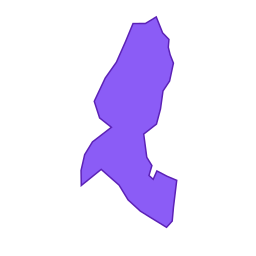 Katydata, Nicosia, Cyprus, rotated 80°
{"feature_id": "46923920B20193016295799", "entity_name": "Katydata", "entity_type": "district", "adm_level": 2, "iso_a3": "CYP", "parent_name": "Cyprus", "parent_adm1": "Nicosia", "projection": "orthographic", "projection_center": [32.912, 35.095], "detail": "fine", "context": "isolated", "style": "filled", "palette": "violet", "viewbox_px": 256, "rotation_deg": 80, "n_neighbors": 0, "source": "geoboundaries", "source_scale": "gbopen_adm2", "svg_char_len": 643}
<svg xmlns="http://www.w3.org/2000/svg" viewBox="0 0 256 256"><g transform="rotate(80 128 128)"><path d="M26.0,104.9L42.6,115.5L60.0,127.2L61.2,128.0L74.8,141.7L94.0,155.3L95.9,156.6L113.2,154.2L124.4,144.2L135.5,165.4L146.7,175.3L154.1,178.4L161.6,181.6L176.5,184.0L164.1,161.6L182.7,146.7L198.8,140.4L212.1,130.2L220.0,121.4L232.5,107.3L227.3,100.6L213.6,96.9L188.0,89.1L182.4,97.8L175.3,107.0L182.9,112.1L178.4,115.6L169.2,111.0L160.1,114.6L136.7,113.6L129.1,99.3L114.9,92.7L97.6,87.1L89.0,78.9L72.0,72.0L63.1,73.8L55.5,74.3L47.9,72.3L40.3,77.4L23.5,80.9L28.1,92.7L26.0,104.9Z" fill="#8b5cf6" stroke="#5b21b6" stroke-width="1.5"/></g></svg>